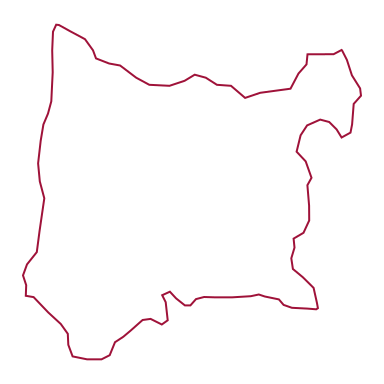 Vetlanda, Jönköping, Sweden (orthographic projection)
{"feature_id": "70781695B55162633112415", "entity_name": "Vetlanda", "entity_type": "district", "adm_level": 2, "iso_a3": "SWE", "parent_name": "Sweden", "parent_adm1": "Jönköping", "projection": "orthographic", "projection_center": [15.247, 57.391], "detail": "fine", "context": "isolated", "style": "outline", "palette": "rose", "viewbox_px": 384, "rotation_deg": 0, "n_neighbors": 0, "source": "geoboundaries", "source_scale": "gbopen_adm2", "svg_char_len": 1348}
<svg xmlns="http://www.w3.org/2000/svg" viewBox="0 0 384 384"><path d="M317.9,308.1L316.9,302.7L313.6,287.9L302.8,277.2L292.9,269.0L291.3,258.3L294.5,247.6L293.6,238.6L303.5,232.8L309.2,220.5L309.1,205.7L307.4,185.2L311.5,177.8L305.7,161.4L296.6,151.7L300.6,135.3L307.1,125.4L320.2,119.6L329.2,122.0L336.6,129.4L341.6,137.5L350.5,132.6L352.1,124.4L353.7,103.9L361.0,95.7L360.1,88.4L351.9,75.3L346.9,59.9L341.9,50.1L342.3,49.6L333.6,54.2L307.5,54.3L306.5,64.4L298.5,73.5L290.5,88.7L260.2,92.8L245.1,97.9L231.0,85.8L216.9,84.8L205.8,77.7L194.7,74.7L184.6,80.8L169.5,85.8L149.3,84.8L136.2,77.7L120.1,65.5L109.1,63.5L96.0,58.4L93.0,50.3L85.0,39.2L69.9,31.1L58.9,25.0L56.2,24.7L53.0,31.7L52.2,50.4L52.7,72.3L52.0,86.5L51.3,101.3L48.0,113.6L43.4,124.5L40.7,140.7L38.1,163.4L39.8,181.4L44.3,198.3L39.5,231.4L36.8,252.1L27.0,264.4L23.0,275.4L26.2,285.2L25.8,295.8L33.6,297.1L48.3,312.5L60.8,324.0L67.8,333.8L68.3,344.8L72.6,356.4L86.9,359.3L101.6,359.3L109.7,355.2L115.0,342.2L123.4,336.7L130.4,330.8L140.1,322.2L142.6,320.0L150.6,318.9L161.8,324.5L167.7,320.3L165.7,302.2L162.2,295.2L169.9,291.7L176.1,298.4L184.9,305.4L190.4,305.4L196.0,299.1L204.1,297.0L213.8,297.3L232.7,297.3L250.8,296.2L258.8,294.5L264.8,296.5L278.9,299.4L283.6,304.9L291.9,307.8L307.5,308.6L316.2,309.3L317.9,308.2L317.9,308.1Z" fill="none" stroke="#9f1239" stroke-width="2"/></svg>